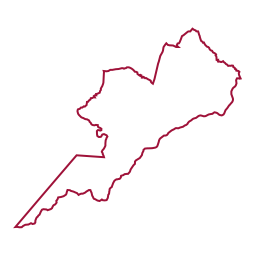 outline of Benedito Leite, Maranhão, Brazil
{"feature_id": "56859067B5303155589786", "entity_name": "Benedito Leite", "entity_type": "district", "adm_level": 2, "iso_a3": "BRA", "parent_name": "Brazil", "parent_adm1": "Maranhão", "projection": "albers", "projection_center": [-44.578, -7.16], "detail": "fine", "context": "isolated", "style": "outline", "palette": "rose", "viewbox_px": 256, "rotation_deg": 0, "n_neighbors": 0, "source": "geoboundaries", "source_scale": "gbopen_adm2", "svg_char_len": 4595}
<svg xmlns="http://www.w3.org/2000/svg" viewBox="0 0 256 256"><path d="M216.5,59.0L216.5,57.6L216.3,56.3L215.6,55.5L216.1,54.4L214.7,53.2L213.0,52.4L212.1,50.8L210.9,50.4L210.1,49.8L209.5,48.9L209.1,47.8L208.2,47.0L207.2,46.8L206.3,46.0L205.2,44.9L204.5,43.7L204.0,42.6L203.1,42.8L202.5,41.7L201.4,41.2L200.9,40.3L200.4,38.8L199.9,37.2L199.7,36.0L199.1,34.7L198.8,33.6L198.4,32.2L198.1,31.4L197.2,31.4L196.3,31.3L195.6,30.4L194.0,29.8L192.5,28.7L190.9,30.6L190.3,31.4L188.7,31.4L187.8,31.7L183.4,35.3L182.0,36.1L181.0,38.9L179.6,42.3L178.9,43.3L177.6,43.5L176.8,45.2L177.5,46.3L178.3,47.0L176.1,47.0L173.1,45.5L169.5,45.3L167.8,44.9L166.3,43.3L165.4,44.4L163.7,46.8L163.4,47.8L163.0,50.5L162.5,52.0L160.3,55.9L158.8,61.6L158.1,63.6L154.5,79.0L152.9,83.7L151.7,82.8L150.9,81.8L150.7,80.7L149.8,80.1L148.3,79.4L147.4,78.9L146.3,78.1L145.0,78.2L144.4,77.5L143.7,77.0L143.1,77.6L142.0,77.6L142.2,76.7L140.7,76.2L141.2,75.3L140.2,74.8L139.1,75.2L137.5,74.0L137.3,72.4L136.0,71.8L134.8,71.7L133.8,70.4L132.7,69.4L131.6,68.6L130.3,67.9L129.0,67.4L128.1,67.3L126.8,67.4L126.0,68.1L124.9,68.3L124.0,68.7L123.0,68.2L121.7,68.2L118.7,69.0L115.9,69.2L113.2,69.7L112.2,69.9L110.2,69.9L108.4,71.0L106.5,71.3L103.7,71.0L104.0,72.0L103.9,72.9L103.4,82.6L103.1,83.8L102.3,86.0L101.3,87.7L100.8,88.7L100.9,89.9L100.1,91.0L99.7,92.7L98.3,93.3L97.3,93.8L96.1,94.0L96.3,95.3L94.9,95.3L94.0,95.9L94.8,97.4L93.4,97.3L92.3,98.0L90.8,98.2L90.4,99.5L88.9,100.5L88.2,101.7L87.0,101.9L86.8,103.5L86.5,105.2L85.6,105.8L84.8,106.6L83.7,106.4L82.4,107.5L81.0,107.5L79.8,108.8L77.9,109.4L77.6,110.3L77.5,111.4L78.1,113.7L78.9,114.9L81.2,117.2L82.2,117.7L83.5,118.1L84.4,118.7L85.3,119.1L87.2,119.4L89.1,120.5L89.6,121.8L90.7,122.8L91.3,124.1L92.0,124.7L93.0,125.1L94.5,125.3L95.8,124.9L97.8,125.1L97.8,126.0L98.3,127.2L100.3,128.0L101.4,128.8L101.3,130.2L100.1,130.6L99.1,130.1L97.8,130.1L96.9,131.1L97.0,134.2L97.3,135.9L98.6,136.9L100.0,137.0L101.2,136.6L101.8,135.3L102.4,134.5L104.0,134.1L106.6,135.3L107.4,136.6L106.5,138.0L106.3,138.9L105.7,140.1L105.4,143.4L105.4,145.7L104.9,146.8L104.0,148.5L103.5,149.2L102.4,150.4L101.8,151.8L102.7,153.3L102.8,154.3L103.5,155.6L104.0,157.2L76.6,155.3L70.3,162.6L41.4,196.4L15.4,227.0L16.7,226.9L18.1,227.0L19.3,227.3L21.7,227.2L23.2,225.9L25.3,224.8L28.5,224.5L31.0,223.2L32.6,224.0L34.6,223.5L35.3,222.5L35.4,220.5L36.2,218.4L36.8,217.3L37.6,216.8L38.4,215.5L39.5,214.7L40.9,211.5L42.0,209.7L43.4,209.2L46.6,209.5L47.6,210.2L50.8,209.1L52.0,208.2L52.8,206.3L53.6,205.2L55.2,204.4L56.6,202.6L56.3,200.9L57.5,199.4L58.2,197.4L61.0,197.0L63.6,196.2L65.9,194.7L66.4,193.8L66.9,191.7L67.5,190.0L69.9,190.2L70.9,190.9L73.5,191.6L75.2,192.4L77.0,193.1L78.6,194.9L79.8,194.2L81.1,193.7L82.7,193.7L84.1,193.1L85.3,192.5L86.3,191.6L89.0,190.0L90.4,190.1L90.9,191.5L91.5,192.6L92.2,195.6L93.1,197.2L93.5,198.2L94.1,198.9L95.2,199.2L97.4,200.5L99.5,201.0L101.1,200.1L101.9,199.5L102.8,200.2L104.8,200.4L106.6,200.1L107.8,197.9L108.3,194.7L108.9,194.0L109.2,192.8L109.2,191.7L109.5,190.8L109.6,189.1L110.5,187.9L111.7,187.1L113.2,183.0L114.4,180.8L115.5,179.9L116.5,179.3L117.4,179.3L118.5,179.0L119.6,178.9L120.8,177.5L121.1,175.8L123.4,175.1L124.5,174.2L126.7,173.9L128.0,173.9L129.7,172.0L130.2,170.9L130.6,169.5L133.5,165.2L134.9,163.9L135.0,161.5L135.9,160.4L139.8,158.0L141.9,155.1L142.4,152.9L143.4,151.0L143.5,149.9L144.9,148.6L146.5,148.4L148.5,148.3L149.4,148.3L152.1,148.2L155.3,147.6L156.4,147.1L157.2,146.3L157.7,145.1L158.8,141.7L159.0,140.6L159.6,139.2L160.4,138.3L163.9,135.6L165.8,135.5L166.9,135.0L167.6,134.3L168.3,133.0L171.5,130.5L172.6,129.9L173.6,129.5L175.1,128.5L176.0,128.1L178.3,128.3L180.2,127.5L183.1,126.7L184.7,125.5L186.1,125.0L187.4,124.0L188.1,122.7L189.1,121.6L191.3,120.3L192.5,119.2L193.5,118.6L196.0,117.9L197.1,117.1L198.5,116.0L199.6,115.6L200.7,115.4L203.9,116.3L205.6,116.1L208.6,114.5L210.4,114.1L212.5,113.8L213.6,112.8L214.6,112.3L216.6,112.8L217.4,113.2L219.3,114.8L220.2,115.1L221.8,115.4L223.4,114.6L224.2,113.5L225.5,110.2L227.3,108.1L229.1,105.4L229.9,104.7L230.5,103.9L232.2,102.0L232.8,100.7L233.0,99.6L232.9,98.5L231.3,94.0L231.4,93.1L231.3,91.9L231.5,91.0L232.7,88.5L233.5,87.6L235.0,86.5L235.8,85.4L236.5,83.4L236.1,80.2L237.0,78.3L238.4,78.3L239.6,78.7L240.6,78.5L239.9,77.0L239.0,74.8L238.8,73.1L239.4,71.9L238.5,71.0L236.3,70.6L236.2,69.4L235.1,69.1L234.9,68.1L234.2,67.5L233.4,67.2L233.0,65.7L231.8,65.5L230.9,65.8L229.1,65.7L228.2,65.9L227.1,64.6L225.9,64.0L225.1,63.0L223.8,62.1L223.1,61.2L221.6,62.0L220.4,61.9L219.4,61.4L218.2,61.7L217.7,60.8L218.0,59.8L216.6,59.9L216.5,59.0Z" fill="none" stroke="#9f1239" stroke-width="2"/></svg>